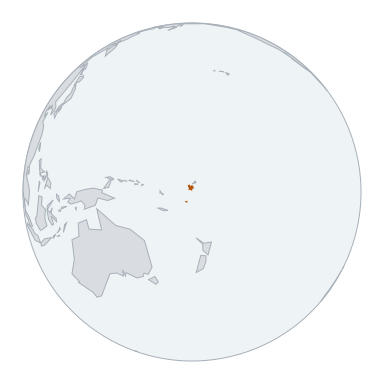 the Earth from above Western, rotated 341°
{"feature_id": "FJI-2620", "entity_name": "Western", "entity_type": "Division", "adm_level": 1, "iso_a3": "FJI", "parent_name": "Fiji", "parent_adm1": "", "projection": "orthographic", "projection_center": [177.638, -19.194], "detail": "fine", "context": "on_globe", "style": "filled", "palette": "amber", "viewbox_px": 384, "rotation_deg": 341, "n_neighbors": 0, "source": "natural_earth", "source_scale": "10m", "svg_char_len": 7175}
<svg xmlns="http://www.w3.org/2000/svg" viewBox="0 0 384 384"><g transform="rotate(341 192 192)"><circle cx="192" cy="192" r="169" fill="#eef3f6" stroke="#a8b0b8"/><path d="M198.7,182.8L198.9,184.1L198.7,184.3L198.7,182.8ZM352.8,140.1L349.4,131.7L346.7,125.7L343.4,118.1L324.7,89.9L340.5,114.2L336.4,108.1L330.0,98.8L329.8,97.6L320.4,85.4L314.5,79.7L301.2,66.3L287.2,53.3L291.4,56.1L287.5,53.1L282.0,49.6L279.3,48.1L258.6,37.0L239.4,30.5L236.2,30.5L234.7,29.4L230.3,31.3L221.7,31.4L229.8,30.2L229.3,29.4L222.6,28.6L220.7,27.7L216.3,27.0L214.6,26.1L219.5,26.0L218.5,25.6L213.8,25.2L209.1,24.4L216.2,25.1L208.8,23.9L211.7,24.2L223.6,26.0L235.3,28.7L246.9,32.2L258.1,36.5L269.0,41.6L279.6,47.5L289.7,54.1L299.2,61.4L308.3,69.4L316.7,78.0L324.5,87.2L331.7,96.9L338.1,107.1L343.8,117.8L348.7,128.8L352.8,140.1ZM291.3,328.7L290.3,329.4L286.1,332.3L287.2,331.5L286.8,331.6L284.9,332.8L290.7,328.4L298.8,322.4L301.6,320.5L303.1,319.0L308.3,314.5L291.3,328.7ZM309.3,313.6L309.1,313.8L311.5,311.5L309.3,313.6ZM263.8,93.3L262.7,90.1L265.7,92.3L263.8,93.3ZM260.5,88.1L261.2,89.2L260.3,88.2L260.5,88.1ZM258.8,87.4L260.1,87.9L258.7,87.6L258.8,87.4ZM256.6,86.8L257.8,87.0L257.7,87.1L256.6,86.8ZM253.0,85.0L252.1,84.5L253.1,84.3L253.0,85.0ZM278.5,47.7L282.1,49.7L287.8,53.4L285.0,51.8L278.5,47.7ZM267.4,41.7L268.5,42.1L272.7,44.6L270.8,43.6L267.4,41.7ZM234.2,31.0L237.6,31.6L235.0,31.4L234.2,31.0ZM216.0,27.0L215.7,27.3L213.6,26.8L216.0,27.0ZM209.0,25.2L205.8,24.7L209.9,25.2L209.0,25.2ZM204.4,24.4L196.4,23.7L194.9,23.9L194.5,23.1L201.5,23.8L206.8,24.2L204.0,24.1L204.4,24.4ZM279.0,336.5L289.2,329.4L284.4,333.0L285.9,332.4L278.8,337.0L279.0,336.5ZM174.7,23.9L174.9,23.9L183.4,23.4L184.8,23.3L184.8,23.2L194.5,23.1L194.9,23.9L191.7,24.0L194.2,24.9L186.5,25.3L181.2,26.3L171.3,26.9L168.1,28.2L169.4,28.4L166.0,30.7L154.2,35.3L157.7,30.2L174.3,25.5L167.0,27.0L166.9,26.5L163.2,27.0L158.2,28.5L158.7,28.7L141.6,31.9L126.1,38.1L131.5,36.9L130.8,38.4L117.9,47.0L92.3,62.6L91.2,66.8L88.4,70.2L83.4,73.1L87.3,68.1L85.9,67.2L88.9,64.2L82.2,68.0L86.2,64.0L79.1,69.4L77.4,72.1L81.8,69.8L73.9,76.9L73.2,81.6L68.6,89.1L54.8,106.0L47.3,113.5L46.0,116.3L45.3,114.6L41.0,121.7L39.3,135.0L38.1,139.7L32.7,151.6L33.2,148.1L31.5,143.3L28.6,155.4L29.8,162.0L30.1,172.5L28.1,171.1L28.1,162.1L27.5,160.1L29.5,149.8L32.6,136.7L30.7,141.8L32.6,136.0L32.7,135.8L37.0,124.7L42.2,113.9L48.0,103.5L54.6,93.6L61.9,84.2L69.8,75.3L78.4,66.9L87.5,59.2L97.1,52.2L107.2,45.9L117.7,40.3L128.6,35.4L139.8,31.3L151.2,28.0L162.9,25.6L174.7,23.9ZM86.2,323.5L87.7,324.4L88.8,325.4L86.2,323.5ZM49.7,190.0L52.7,189.7L52.7,190.5L49.7,190.0ZM46.5,188.5L49.6,187.5L46.2,190.4L46.5,188.5ZM50.8,187.1L54.1,184.5L55.4,182.7L55.4,184.4L50.8,187.1ZM44.5,189.4L35.3,194.2L32.2,194.2L32.5,190.9L37.6,188.3L44.5,189.4ZM32.3,191.0L28.1,186.6L25.3,169.4L26.2,167.9L29.7,176.2L29.4,178.9L32.0,182.9L32.3,191.0ZM44.2,169.3L43.9,176.7L38.5,178.7L36.2,178.9L34.6,170.7L35.5,165.6L37.2,164.7L46.0,145.6L48.6,148.0L45.4,155.5L47.7,160.6L44.2,169.3ZM51.2,133.8L46.6,141.7L51.3,131.8L51.2,133.8ZM55.0,125.1L54.5,128.2L53.7,125.7L55.0,125.1ZM44.3,120.6L42.4,122.5L43.2,120.3L46.1,116.7L44.3,120.6ZM65.1,95.8L62.2,101.9L60.8,104.2L61.3,100.9L65.1,95.8ZM179.7,254.8L184.5,256.9L182.3,262.6L177.6,268.2L169.8,269.5L179.7,254.8ZM127.9,267.6L122.4,260.7L129.4,259.8L130.9,266.1L127.9,267.6ZM183.3,250.8L185.1,244.8L180.8,236.6L186.6,244.3L194.1,245.6L186.7,256.7L183.3,250.8ZM87.8,242.6L72.7,260.7L67.9,260.5L66.0,254.9L55.3,240.6L56.6,240.4L51.8,230.4L58.9,217.1L63.0,198.0L70.7,197.3L74.2,184.4L83.2,183.8L82.5,193.5L94.2,198.5L96.5,176.9L109.1,198.9L121.3,207.0L131.2,222.4L129.8,249.9L123.8,255.6L120.2,253.1L118.3,256.1L111.9,255.3L103.4,246.7L101.8,249.8L101.1,242.9L99.9,249.2L94.3,244.0L87.8,242.6ZM154.7,196.2L157.4,197.0L163.4,201.6L158.9,200.5L154.7,196.2ZM192.1,186.7L194.6,188.9L191.3,189.0L192.1,186.7ZM198.7,184.3L194.7,184.5L198.7,182.8L198.7,184.3ZM162.6,183.1L164.4,184.7L163.5,185.2L162.6,183.1ZM161.4,182.6L162.2,180.4L162.7,182.7L161.4,182.6ZM146.4,169.5L147.5,168.4L148.4,169.3L146.4,169.5ZM57.2,188.4L60.9,181.3L63.4,180.2L57.2,188.4ZM143.9,167.0L140.5,166.6L140.6,165.5L143.9,167.0ZM143.6,164.2L143.0,162.5L145.8,166.5L143.6,164.2ZM136.7,160.3L141.1,163.4L136.3,160.7L136.7,160.3ZM134.4,160.7L131.5,159.4L131.6,158.9L134.4,160.7ZM106.4,163.2L116.7,172.6L109.5,172.6L101.1,167.0L96.3,173.0L84.5,173.3L86.6,169.5L84.5,164.5L73.6,164.0L71.3,161.1L74.8,158.2L68.2,156.8L75.4,154.0L78.7,160.3L83.0,154.3L91.3,154.7L100.1,156.3L108.0,161.1L106.4,163.2ZM76.3,169.0L77.6,168.8L76.7,171.1L76.3,169.0ZM125.9,155.4L130.2,158.9L129.8,159.7L127.8,159.2L125.9,155.4ZM109.7,159.8L117.9,153.8L120.0,153.9L114.7,160.5L109.7,159.8ZM115.4,150.2L119.6,150.9L122.2,154.1L121.3,155.0L115.4,150.2ZM61.6,165.5L61.4,167.5L59.7,166.4L61.6,165.5ZM63.7,163.9L69.1,164.8L63.3,165.6L63.7,163.9ZM49.6,161.5L50.8,165.4L54.8,161.3L51.8,166.4L55.0,172.9L54.2,176.0L51.0,168.8L50.6,177.4L48.9,177.9L47.5,171.1L49.0,162.0L50.7,157.9L58.2,154.2L49.6,161.5ZM63.5,158.5L62.1,153.7L63.2,150.0L64.6,152.4L63.5,158.5ZM59.1,142.6L56.5,137.9L53.5,141.0L60.4,131.4L61.5,137.4L59.1,142.6ZM58.1,131.1L55.2,133.9L58.7,128.6L58.1,131.1ZM54.8,132.2L55.3,128.5L57.2,128.4L54.8,132.2ZM59.5,130.9L61.3,124.3L61.6,127.8L59.5,130.9ZM56.6,120.5L59.3,125.2L54.4,124.4L57.7,112.6L60.1,111.5L56.6,120.5ZM92.1,72.5L93.5,69.9L96.6,68.8L94.8,70.9L92.1,72.5ZM108.1,64.1L97.9,67.7L90.0,71.4L90.9,72.2L86.2,77.3L86.7,73.5L94.6,67.5L100.1,65.7L104.0,61.9L109.9,59.0L113.4,54.9L117.0,52.9L115.5,56.2L108.1,64.1ZM114.7,53.2L123.0,46.5L127.4,46.8L126.6,48.4L121.0,51.2L118.9,50.8L114.7,53.2ZM126.3,45.1L124.5,44.8L132.7,37.2L135.6,35.8L131.6,41.0L129.7,41.2L126.9,43.2L126.3,45.1Z" fill="#d9dde1" stroke="#a8b0b8" stroke-width="1"/><path d="M192.4,189.1L192.2,189.1L191.9,189.0L191.7,188.9L191.4,188.9L191.2,188.8L191.1,188.7L190.9,188.5L190.9,188.4L191.0,188.4L190.9,188.4L191.0,188.3L191.0,188.2L190.9,188.2L191.0,188.1L191.3,188.0L191.3,187.9L191.2,187.9L191.2,187.7L191.3,187.7L191.4,187.8L191.4,187.7L191.3,187.4L191.5,187.3L191.5,187.2L191.8,186.9L192.0,186.9L192.1,187.0L192.1,186.9L192.3,186.8L192.3,186.7L192.5,186.7L192.5,186.8L192.6,186.7L192.8,186.7L193.0,186.7L193.3,186.6L193.5,186.5L193.6,186.4L193.7,186.5L193.8,186.5L193.7,186.8L193.8,186.8L194.0,186.8L194.1,187.0L194.3,187.2L194.3,187.3L194.2,187.4L194.2,187.5L194.1,187.4L193.9,187.4L193.8,187.5L193.7,187.5L193.4,187.5L193.3,187.4L193.2,187.3L193.2,187.2L193.1,187.3L193.1,187.5L193.3,187.6L193.2,187.7L193.1,187.8L193.0,188.0L192.9,188.0L193.0,188.1L193.0,188.3L193.0,188.5L192.9,188.5L192.6,188.4L192.5,188.5L192.4,188.5L192.4,188.8L192.5,188.8L192.5,189.0L192.4,189.0L192.4,189.1ZM191.0,185.8L191.0,185.7L191.0,185.8L190.9,185.9L190.9,186.0L190.8,185.9L190.8,186.0L190.7,186.0L190.7,185.9L190.8,185.9L190.9,185.7L190.9,185.8L191.0,185.8L191.0,185.8ZM191.8,184.6L191.8,184.8L191.6,185.0L191.4,185.1L191.4,184.9L191.5,184.9L191.5,185.0L191.5,184.9L191.8,184.7L191.8,184.6ZM192.0,189.9L192.0,190.0L191.9,190.0L192.0,190.0L192.0,189.9L192.0,189.9ZM191.5,185.1L191.4,185.2L191.4,185.3L191.3,185.2L191.5,185.1ZM183.7,199.5L183.6,199.4L183.8,199.4L183.8,199.5L183.7,199.5Z" fill="#f59e0b" stroke="#b45309" stroke-width="1.5"/></g></svg>